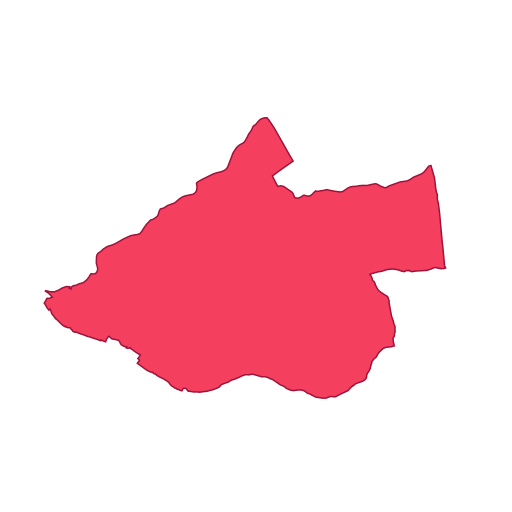 the district of Paltinoasa, Suceava, Romania, rotated 114°
{"feature_id": "2599482B31508452360493", "entity_name": "Paltinoasa", "entity_type": "district", "adm_level": 2, "iso_a3": "ROU", "parent_name": "Romania", "parent_adm1": "Suceava", "projection": "albers", "projection_center": [25.986, 47.548], "detail": "fine", "context": "isolated", "style": "filled", "palette": "rose", "viewbox_px": 512, "rotation_deg": 114, "n_neighbors": 0, "source": "geoboundaries", "source_scale": "gbopen_adm2", "svg_char_len": 6132}
<svg xmlns="http://www.w3.org/2000/svg" viewBox="0 0 512 512"><g transform="rotate(114 256 256)"><path d="M385.2,430.3L386.2,428.6L388.5,425.5L389.7,423.2L388.2,422.5L390.1,420.6L391.1,419.8L392.3,418.2L393.0,416.7L394.9,413.5L395.0,412.2L395.3,411.6L398.0,404.2L398.3,401.7L397.7,401.5L398.2,400.0L397.9,398.7L397.7,398.1L397.3,396.6L397.3,396.1L397.7,395.8L398.0,395.3L398.5,393.8L399.2,392.8L399.4,391.8L399.4,391.1L399.3,390.6L399.1,390.1L398.9,389.8L398.7,389.4L398.7,388.7L398.6,387.7L398.6,386.5L398.5,384.7L398.2,382.2L398.1,380.9L398.0,377.5L397.9,376.7L397.7,376.3L397.5,373.9L396.9,368.3L396.5,363.3L395.7,363.3L395.7,358.8L395.5,358.4L394.4,358.6L392.9,358.6L392.1,358.6L389.9,358.1L389.5,358.0L389.1,357.7L390.0,355.1L390.3,354.0L390.2,353.3L389.6,351.0L389.1,348.3L389.0,347.1L389.3,346.5L389.9,345.6L391.1,344.2L391.9,342.9L392.1,341.1L392.2,340.4L392.2,339.2L392.1,338.7L391.4,337.2L392.7,337.2L392.6,335.9L391.0,333.2L391.5,333.0L391.9,330.5L392.2,329.5L392.9,325.9L393.1,324.1L393.4,323.0L393.3,322.2L393.4,321.3L397.8,322.2L398.5,320.0L402.3,320.8L404.0,312.8L404.7,309.3L404.9,306.4L404.8,304.5L404.2,303.0L404.5,302.8L404.9,302.1L405.0,301.2L404.8,299.8L405.2,298.7L405.5,297.4L405.8,293.4L405.8,291.1L406.4,286.5L406.9,284.5L407.9,282.7L408.5,281.6L408.8,281.0L409.0,280.3L409.2,278.3L409.5,277.3L409.6,276.6L409.6,276.1L409.4,275.1L409.8,273.9L409.5,272.9L409.5,272.3L409.6,271.8L409.5,270.0L409.5,269.5L409.1,268.7L407.3,268.7L406.4,268.4L406.0,267.7L405.5,266.1L406.8,263.5L407.1,263.1L406.6,261.8L405.5,257.4L404.3,255.0L403.3,252.0L401.1,248.5L399.6,245.9L398.6,244.6L397.6,243.5L395.9,241.2L392.9,238.2L391.1,236.6L389.6,235.9L388.2,235.6L387.4,235.2L383.7,231.4L382.8,230.4L381.6,229.4L380.5,228.8L379.0,227.5L377.4,225.6L375.0,223.3L373.3,221.8L371.5,220.3L369.7,218.5L368.7,217.2L367.9,215.4L367.5,214.1L366.2,212.6L365.5,211.4L365.1,209.5L364.7,206.5L364.0,201.6L362.7,198.9L362.5,197.9L362.2,196.4L362.3,192.6L362.1,190.7L362.4,188.9L363.1,185.0L363.8,181.6L363.7,177.0L364.2,175.9L364.6,174.0L364.5,169.8L363.7,166.9L361.1,162.8L359.9,159.7L359.9,159.0L359.5,157.1L360.3,153.9L360.4,152.0L360.0,150.6L360.4,148.5L360.4,147.4L360.6,144.8L360.5,143.7L358.8,137.5L357.3,134.1L355.7,132.6L354.3,131.1L353.7,130.1L352.8,127.2L352.1,125.9L350.1,124.5L345.2,120.4L341.6,117.2L339.5,116.6L335.2,114.9L335.3,114.6L332.5,113.2L331.2,112.1L327.3,107.9L324.9,106.2L322.5,105.6L321.9,105.6L320.5,106.2L318.8,106.5L317.8,106.5L315.5,106.0L312.4,105.9L310.5,106.3L305.0,107.1L302.0,106.4L299.8,105.2L298.1,104.9L295.6,104.8L293.4,104.2L288.6,102.1L287.0,100.6L285.9,99.1L283.6,95.0L283.1,94.6L282.6,94.2L282.1,93.6L281.9,93.1L278.4,95.7L275.4,97.4L273.6,97.1L272.7,97.1L271.6,97.5L270.5,97.9L268.5,98.1L266.8,99.1L265.0,99.8L263.7,100.5L262.9,101.3L262.2,102.2L261.6,102.7L260.2,103.6L255.7,107.8L246.1,114.4L243.8,115.8L243.0,116.0L241.9,117.1L239.9,118.8L239.6,119.5L239.3,120.5L239.2,122.3L238.4,126.8L237.8,129.4L237.3,130.6L236.7,131.6L235.6,133.0L233.7,135.3L233.0,135.8L232.4,136.4L231.6,137.4L231.2,138.0L231.1,138.9L230.9,139.5L230.1,140.3L229.3,140.7L227.6,142.5L227.0,143.5L226.6,144.5L226.4,144.5L224.5,142.5L220.8,138.0L219.3,135.6L218.1,134.1L215.7,131.5L214.3,129.5L212.4,126.0L211.5,123.4L210.9,120.5L210.7,119.5L210.7,117.9L210.5,116.3L210.1,114.5L209.6,113.8L209.2,113.5L208.7,113.2L207.9,112.4L207.8,112.2L207.8,111.7L207.7,111.1L207.3,110.7L206.9,110.5L206.7,110.3L206.7,110.1L207.0,109.7L207.1,108.4L207.0,107.7L206.7,107.0L206.5,106.4L205.9,105.8L204.3,103.1L202.2,98.9L199.5,93.9L196.7,90.8L194.6,88.9L193.5,87.3L193.1,85.0L192.3,81.6L191.2,79.6L189.8,77.9L188.3,79.7L171.1,89.4L165.5,92.7L142.2,105.7L133.6,110.9L130.6,113.3L128.4,114.4L126.9,114.9L126.2,115.3L124.3,117.1L121.3,119.2L117.6,121.4L112.2,124.6L102.2,133.0L103.6,134.7L106.1,135.4L108.3,135.9L110.7,136.6L113.3,137.9L120.2,144.4L123.0,146.0L126.0,148.5L129.5,154.2L137.4,162.5L138.8,163.7L140.5,164.8L141.3,166.4L141.5,170.2L141.1,174.9L141.5,176.5L143.6,179.5L146.4,183.2L147.9,186.8L149.5,189.8L151.7,193.0L153.0,195.7L154.7,198.1L156.5,199.7L160.3,202.0L161.8,203.0L163.1,204.7L165.1,211.3L166.6,218.4L168.5,220.8L170.3,223.7L171.4,225.1L172.2,227.0L172.4,228.1L177.7,230.2L179.0,231.1L179.7,232.1L180.4,233.6L180.8,235.1L180.7,236.1L180.9,236.8L181.5,237.6L183.4,238.6L185.2,240.2L185.8,240.7L186.7,242.9L186.8,244.6L183.7,247.8L183.0,249.3L181.3,258.4L181.3,259.5L181.3,260.1L181.9,262.1L183.5,264.5L180.0,269.0L176.2,273.6L167.6,268.7L154.2,260.7L150.3,266.2L131.6,291.5L128.0,297.2L126.5,299.6L125.2,302.3L125.9,303.6L126.4,304.6L128.0,306.3L129.3,307.6L130.9,308.2L132.8,308.9L136.2,309.8L137.3,310.7L138.3,311.2L139.4,311.4L141.3,311.3L144.6,311.6L146.4,312.1L148.4,312.3L151.3,312.4L155.7,312.8L157.5,313.4L161.4,316.3L164.9,317.9L171.1,318.9L185.9,318.1L188.1,318.4L190.6,319.6L193.3,322.2L195.5,325.2L198.4,328.4L201.0,330.6L208.1,336.5L212.1,339.4L213.1,339.9L214.0,339.9L216.2,338.3L217.7,337.6L221.0,336.9L222.5,337.2L224.1,337.9L225.6,339.1L227.0,341.2L229.6,344.8L231.8,347.1L234.8,349.1L237.2,350.3L239.7,351.4L240.7,352.0L245.7,357.2L249.8,359.9L251.9,362.5L254.1,362.7L257.0,362.3L259.5,362.2L261.9,363.4L264.6,365.2L266.1,367.0L271.8,369.0L276.9,370.0L279.9,370.4L282.5,371.0L284.5,372.9L286.1,375.5L288.4,378.8L294.2,383.9L295.8,385.1L299.2,387.5L301.8,389.5L304.4,391.8L306.9,394.8L308.9,396.5L312.3,398.6L315.1,399.7L317.3,401.2L318.6,401.6L320.0,401.7L321.8,401.3L325.8,399.7L327.8,398.8L330.1,396.8L331.8,395.6L333.3,395.0L334.7,394.9L335.8,395.0L336.6,395.2L337.2,395.5L337.6,396.0L338.2,396.7L339.0,398.5L339.3,399.5L340.1,399.7L341.2,399.9L342.8,400.0L344.6,400.4L346.5,400.9L349.7,402.4L351.1,403.3L351.3,403.9L351.6,404.3L352.3,404.8L352.7,405.5L353.2,406.1L354.4,407.3L355.2,407.9L356.2,408.8L357.2,410.6L357.7,411.0L358.5,411.5L359.1,411.8L360.4,411.9L361.2,411.6L361.1,412.2L361.5,413.3L359.8,413.6L361.1,416.9L363.9,419.9L367.9,422.8L370.6,425.5L372.4,429.5L373.1,434.0L373.7,434.1L374.3,430.8L374.9,429.0L376.4,425.4L377.1,426.2L377.8,426.6L378.4,427.2L378.9,427.9L379.2,428.6L379.5,429.5L380.0,429.9L382.1,429.9L385.2,430.3Z" fill="#f43f5e" stroke="#9f1239" stroke-width="1.5"/></g></svg>